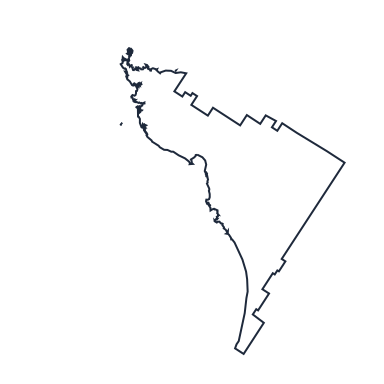 the district of Broome, Western Australia, Australia, rotated 303°
{"feature_id": "25037944B66848731281736", "entity_name": "Broome", "entity_type": "district", "adm_level": 2, "iso_a3": "AUS", "parent_name": "Australia", "parent_adm1": "Western Australia", "projection": "robinson", "projection_center": [122.495, -18.173], "detail": "fine", "context": "isolated", "style": "outline", "palette": "slate", "viewbox_px": 384, "rotation_deg": 303, "n_neighbors": 0, "source": "geoboundaries", "source_scale": "gbopen_adm2", "svg_char_len": 5941}
<svg xmlns="http://www.w3.org/2000/svg" viewBox="0 0 384 384"><g transform="rotate(303 192 192)"><path d="M288.4,122.5L286.3,117.4L282.9,113.5L282.2,108.4L279.5,103.8L275.4,100.6L274.2,100.6L274.5,97.3L275.1,95.9L276.0,95.8L275.0,95.0L275.2,94.4L274.5,91.8L272.9,90.8L271.8,91.3L271.8,90.2L271.5,90.6L271.3,90.6L271.7,89.8L271.4,87.9L272.3,86.9L273.2,87.3L274.0,85.2L273.6,83.8L272.8,85.4L270.8,85.3L270.3,84.5L270.2,82.2L269.9,84.2L268.1,84.0L267.2,82.6L267.6,81.6L267.0,80.7L267.4,79.1L266.7,78.8L266.4,77.9L264.7,80.5L264.3,79.4L264.8,78.8L264.8,77.7L264.2,78.1L264.1,77.1L262.6,76.9L262.2,76.2L263.1,74.9L264.1,74.6L263.8,74.2L264.4,72.8L265.5,72.5L265.4,72.0L263.2,71.6L264.9,69.5L264.7,68.9L263.7,68.8L264.0,68.0L266.0,67.1L266.5,67.8L267.7,67.6L267.8,68.6L267.9,67.8L269.8,66.2L267.7,66.2L266.9,65.5L267.1,64.9L266.5,64.8L265.9,63.8L266.5,63.2L267.2,63.4L267.1,62.4L266.3,61.8L267.2,61.2L267.4,60.5L264.5,62.0L264.6,62.9L263.9,63.8L264.5,62.5L264.3,62.0L263.4,63.1L262.3,63.5L260.4,62.6L258.9,65.9L259.5,66.1L258.9,66.0L258.7,66.7L258.6,68.2L259.2,68.6L259.1,69.7L257.8,71.0L256.8,71.1L256.5,70.4L256.0,71.4L256.4,71.2L257.9,72.6L256.4,71.8L255.6,73.8L253.7,74.4L254.6,74.5L254.7,74.8L253.4,74.6L252.6,75.5L252.3,75.6L253.8,73.2L253.3,73.7L250.9,76.9L251.3,76.5L250.9,79.6L249.0,83.5L249.2,84.7L250.3,85.4L251.0,84.2L251.7,84.4L251.7,84.9L251.0,85.0L251.1,87.2L252.1,87.0L253.0,87.7L253.3,88.4L254.3,87.8L255.0,87.8L254.3,88.0L254.0,88.7L254.7,88.8L254.1,89.6L254.7,89.8L254.3,89.9L255.5,91.2L254.6,90.9L253.5,89.6L253.2,89.9L253.3,89.3L252.7,89.4L252.8,89.1L251.5,88.0L252.2,88.9L252.2,89.5L251.8,89.7L252.0,89.2L251.0,88.3L251.2,89.0L250.8,88.4L251.0,88.7L250.9,89.0L250.6,88.5L250.3,89.3L249.1,89.8L250.5,88.3L250.0,87.9L248.6,90.2L246.9,90.8L246.1,90.1L244.3,91.3L242.6,91.8L241.5,91.4L240.9,89.3L239.0,89.1L238.4,89.7L238.9,90.1L238.7,90.7L237.4,92.1L238.5,93.3L238.5,94.3L238.3,93.8L238.1,94.4L238.1,93.8L237.3,93.8L237.8,94.3L237.3,94.2L236.9,93.8L237.1,93.1L236.2,94.4L236.8,96.1L237.3,96.3L237.6,98.6L238.4,99.1L238.4,100.9L239.2,101.2L239.4,102.2L240.1,102.7L239.7,102.7L240.0,103.4L240.8,103.3L241.0,103.4L240.4,103.9L239.5,102.9L238.6,102.8L237.4,103.2L235.8,102.2L234.6,102.7L235.3,101.2L234.3,100.5L234.3,100.0L233.5,100.1L232.9,98.4L232.7,100.4L233.2,101.5L232.7,102.9L233.2,102.5L232.6,103.7L232.9,104.6L232.4,104.3L232.5,105.1L232.2,104.9L231.7,104.3L232.1,103.7L231.3,104.0L230.7,105.0L229.8,104.7L230.6,104.5L230.8,103.8L230.4,103.6L231.7,102.9L232.2,101.4L225.8,105.7L226.0,106.5L224.9,108.5L221.5,110.7L218.8,114.4L218.9,115.2L219.7,115.6L220.8,115.1L221.2,114.3L222.0,113.9L221.8,114.5L221.3,114.4L221.3,115.1L222.1,115.3L222.5,114.9L222.8,115.1L222.6,115.6L222.9,115.5L222.6,115.8L221.0,115.8L222.8,116.6L222.9,117.2L220.6,116.2L220.5,117.1L220.2,116.6L219.0,117.3L219.1,117.9L218.4,117.5L219.2,116.9L218.8,117.1L218.1,117.9L218.5,118.2L218.0,119.0L218.2,119.8L217.7,119.1L217.4,120.0L217.2,119.5L217.7,118.7L217.2,119.1L216.0,122.2L215.9,122.9L216.5,122.1L216.2,122.9L215.7,123.3L214.8,123.0L213.9,124.6L213.2,130.1L212.5,131.1L212.6,138.9L212.0,140.6L212.2,145.6L213.9,148.5L214.6,153.2L214.7,152.8L215.2,152.8L214.8,153.0L215.6,154.4L215.5,160.8L216.4,167.8L215.9,172.9L215.0,174.7L214.1,174.9L216.0,177.4L216.3,176.0L217.9,174.7L218.7,173.4L221.9,174.9L224.0,175.4L225.0,175.0L226.1,176.2L226.6,176.1L226.2,176.3L226.8,181.8L225.6,185.9L222.7,189.0L216.5,191.3L215.9,192.2L216.3,193.0L215.6,194.5L214.7,194.4L215.5,194.0L215.6,193.6L215.0,193.9L215.7,193.5L215.5,193.1L214.5,193.8L213.9,195.4L214.2,195.6L213.6,196.2L213.5,195.7L211.3,198.6L209.4,199.1L208.4,200.0L207.2,199.9L204.3,204.5L203.3,205.3L202.2,205.5L200.0,207.9L197.3,209.7L195.4,210.2L194.1,209.5L193.4,208.2L191.9,208.8L190.3,211.1L191.1,212.8L191.7,211.7L191.5,211.2L191.6,210.9L192.0,211.6L190.6,213.6L190.8,214.4L190.2,214.9L190.7,214.2L190.4,213.5L190.8,212.9L190.4,212.5L188.8,216.0L186.6,217.6L188.2,218.3L189.9,219.6L189.8,220.0L190.4,220.0L190.0,220.1L190.5,223.4L190.2,223.6L190.1,223.1L188.9,224.5L188.0,224.6L187.3,226.7L187.1,226.2L185.9,226.9L184.7,226.3L183.4,227.5L183.6,227.9L182.6,227.8L182.2,226.9L181.1,227.1L180.8,226.7L180.4,227.0L180.5,228.0L180.2,227.1L180.4,226.4L179.8,226.9L179.9,229.4L180.8,229.5L182.1,231.2L181.4,233.2L182.0,234.6L181.9,236.0L181.8,234.8L181.3,235.1L181.3,234.8L180.6,236.3L181.0,236.9L180.4,236.4L179.8,238.1L178.8,238.4L178.7,240.8L177.2,243.9L177.9,243.4L178.7,243.4L177.3,244.2L175.8,243.5L176.5,245.3L176.2,246.5L174.8,249.6L173.6,250.7L174.1,251.4L172.8,255.2L162.8,271.1L154.7,280.7L148.8,285.8L138.8,292.9L132.7,295.4L119.1,302.2L92.4,312.4L88.5,312.3L84.3,313.3L84.3,323.5L121.4,323.5L122.4,309.7L128.7,309.7L128.7,311.9L148.8,311.9L148.8,304.0L167.9,304.0L167.9,306.3L172.7,306.3L172.8,308.1L184.7,308.1L184.7,303.7L299.7,304.0L299.7,282.8L298.7,247.6L298.8,230.2L289.8,230.2L289.8,223.8L297.3,223.8L296.4,212.1L286.3,212.1L286.4,196.1L274.1,196.1L274.1,163.7L264.7,163.7L264.7,144.0L275.2,144.0L275.2,138.5L272.0,138.5L272.0,131.9L266.8,131.9L266.8,122.4L288.4,122.5ZM277.5,62.6L276.8,63.2L276.6,62.4L275.4,62.7L276.1,63.8L275.3,65.0L275.8,65.7L276.4,64.9L276.5,65.7L276.9,65.7L276.9,64.9L278.1,62.9L277.5,62.6ZM278.2,65.0L278.8,63.1L278.2,62.9L277.3,65.1L278.2,65.0ZM273.1,65.9L270.6,65.3L271.4,65.6L271.5,66.0L273.1,65.9ZM272.8,63.3L272.7,65.0L272.9,65.0L272.7,64.0L273.5,63.4L273.2,63.3L272.8,63.3ZM274.4,65.0L275.1,64.5L275.4,63.7L274.9,63.4L274.4,65.0ZM275.9,60.8L277.4,61.0L277.5,60.7L276.2,60.5L275.9,60.8ZM274.4,62.5L273.9,62.6L274.0,63.0L274.8,63.3L274.4,62.5ZM208.9,95.6L210.2,95.9L209.5,95.6L211.0,95.5L208.9,95.6ZM211.2,95.6L212.1,95.9L211.1,95.5L211.2,95.6ZM284.3,111.8L284.8,112.3L285.1,112.3L284.3,111.8ZM274.5,65.8L274.9,65.6L275.2,64.9L274.6,65.4L274.5,65.8ZM273.5,62.5L272.7,62.2L272.7,62.3L273.5,62.5ZM213.8,195.6L213.9,194.9L214.2,194.3L213.8,194.9L213.8,195.6ZM278.7,61.2L279.3,61.0L278.4,61.1L278.7,61.2Z" fill="none" stroke="#1e293b" stroke-width="2"/></g></svg>